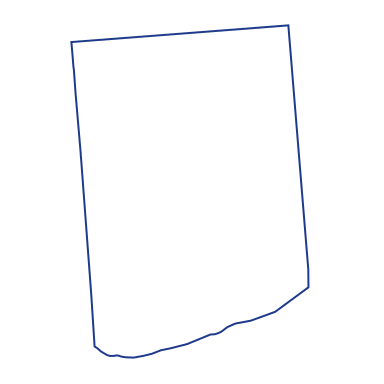 outline of Calloway, Kentucky, United States of America, rotated 85°
{"feature_id": "52423323B87145577406821", "entity_name": "Calloway", "entity_type": "district", "adm_level": 2, "iso_a3": "USA", "parent_name": "United States of America", "parent_adm1": "Kentucky", "projection": "mercator", "projection_center": [-88.153, 36.624], "detail": "fine", "context": "isolated", "style": "outline", "palette": "blue", "viewbox_px": 384, "rotation_deg": 85, "n_neighbors": 0, "source": "geoboundaries", "source_scale": "gbopen_adm2", "svg_char_len": 599}
<svg xmlns="http://www.w3.org/2000/svg" viewBox="0 0 384 384"><g transform="rotate(85 192 192)"><path d="M32.1,299.1L43.6,299.1L57.7,299.2L59.3,299.0L83.0,299.4L142.9,299.5L146.4,299.6L150.0,299.6L285.5,301.3L337.4,302.5L339.3,300.0L343.0,296.5L347.0,290.9L348.2,287.9L348.5,284.5L348.2,281.7L348.6,279.3L349.6,277.4L350.8,272.9L351.9,264.6L351.0,254.9L349.7,246.2L346.9,236.5L345.8,226.7L343.1,210.2L335.6,186.2L335.7,181.6L334.7,177.4L333.7,175.0L329.6,168.4L326.9,160.6L325.3,144.6L318.6,119.6L297.1,84.3L279.3,82.9L34.4,81.5L32.1,299.1Z" fill="none" stroke="#1e3a8a" stroke-width="2"/></g></svg>